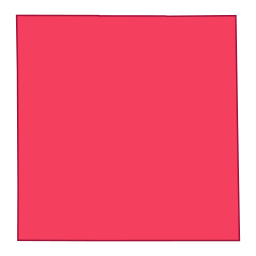 Delaware, Indiana, United States of America (Robinson projection)
{"feature_id": "52423323B36304879432203", "entity_name": "Delaware", "entity_type": "district", "adm_level": 2, "iso_a3": "USA", "parent_name": "United States of America", "parent_adm1": "Indiana", "projection": "robinson", "projection_center": [-85.432, 40.228], "detail": "fine", "context": "isolated", "style": "filled", "palette": "rose", "viewbox_px": 256, "rotation_deg": 0, "n_neighbors": 0, "source": "geoboundaries", "source_scale": "gbopen_adm2", "svg_char_len": 305}
<svg xmlns="http://www.w3.org/2000/svg" viewBox="0 0 256 256"><path d="M16.6,15.4L17.5,69.8L18.1,186.4L18.1,191.9L18.0,215.8L17.9,240.3L99.7,240.6L239.4,240.5L237.4,122.9L236.6,69.5L235.8,15.7L167.5,16.3L164.6,16.0L98.6,15.9L98.6,15.6L16.6,15.4Z" fill="#f43f5e" stroke="#9f1239" stroke-width="1.5"/></svg>